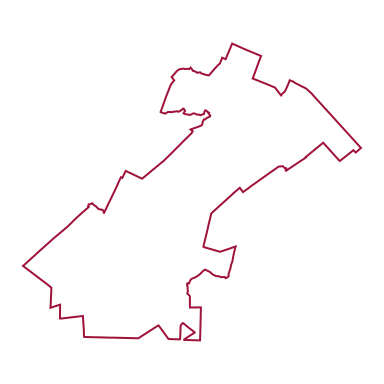 Belciugatele, Calarasi, Romania (Mercator projection)
{"feature_id": "2599482B10542752576449", "entity_name": "Belciugatele", "entity_type": "district", "adm_level": 2, "iso_a3": "ROU", "parent_name": "Romania", "parent_adm1": "Calarasi", "projection": "mercator", "projection_center": [26.453, 44.516], "detail": "fine", "context": "isolated", "style": "outline", "palette": "rose", "viewbox_px": 384, "rotation_deg": 0, "n_neighbors": 0, "source": "geoboundaries", "source_scale": "gbopen_adm2", "svg_char_len": 5810}
<svg xmlns="http://www.w3.org/2000/svg" viewBox="0 0 384 384"><path d="M355.7,152.5L361.0,148.0L328.7,112.4L326.9,110.5L326.5,109.9L326.4,109.9L325.2,108.6L313.3,95.5L311.6,93.5L309.5,91.6L306.3,88.7L305.6,88.3L304.7,87.8L301.4,86.2L299.7,85.3L295.1,82.9L292.8,81.4L289.7,80.3L289.1,82.1L286.3,88.6L285.3,90.6L285.1,90.9L284.6,91.7L282.5,93.5L281.5,94.7L281.1,95.4L280.6,94.9L279.2,93.0L275.0,87.6L267.9,84.6L252.7,78.5L253.0,77.9L254.0,75.1L256.6,68.0L257.9,64.4L259.5,60.1L260.0,58.8L261.1,56.0L248.0,50.6L238.7,46.5L234.6,44.6L233.6,44.2L232.2,43.6L225.6,59.2L222.2,57.7L222.0,58.3L220.4,62.2L220.1,63.1L220.0,63.4L219.7,63.7L217.6,65.5L215.8,67.6L215.2,68.1L210.8,73.2L208.9,75.4L206.5,75.0L204.2,74.3L201.4,73.4L200.8,72.9L200.4,72.4L199.9,72.3L198.4,72.7L196.9,72.7L196.5,72.4L196.5,72.2L194.0,71.0L193.3,71.0L192.9,70.8L192.7,70.6L192.5,70.1L192.2,69.5L190.6,67.6L190.3,68.0L189.7,68.6L189.2,69.1L188.2,68.8L185.3,69.0L183.5,68.7L181.9,68.8L180.1,69.1L179.0,69.6L178.2,70.0L177.1,70.8L176.1,71.9L174.1,74.3L171.6,77.0L174.2,80.3L171.5,83.7L170.9,84.6L170.2,86.2L166.1,96.6L164.2,101.9L162.4,107.1L160.6,111.9L160.6,112.1L163.9,113.3L165.7,113.5L166.3,112.8L167.2,112.5L167.6,112.2L168.1,112.0L169.4,112.0L170.2,111.9L171.2,112.2L172.3,112.1L173.6,111.7L175.5,111.5L177.0,111.2L178.2,111.8L179.9,111.1L180.4,110.6L180.9,110.4L181.5,110.1L181.7,109.9L182.1,109.5L182.6,109.0L183.2,108.6L183.9,108.9L184.1,109.4L184.5,109.9L184.8,110.5L185.1,110.8L184.7,111.4L183.9,112.7L183.5,113.2L183.6,113.4L184.4,113.7L185.4,114.1L189.6,114.9L190.9,114.7L192.7,113.6L193.7,113.4L194.1,113.4L194.6,113.6L195.0,113.7L195.5,113.8L196.3,114.4L198.6,114.7L199.4,114.7L199.7,114.9L200.4,115.3L201.6,114.7L202.5,114.4L203.4,114.3L203.9,114.1L204.1,113.8L204.2,113.3L204.3,112.1L204.8,111.2L205.0,110.5L205.2,110.3L205.5,110.3L205.8,110.4L206.1,110.6L206.6,110.9L207.6,111.9L208.8,112.6L208.3,113.0L210.3,115.7L210.0,116.5L209.6,116.7L209.0,116.9L206.6,118.1L204.8,119.6L203.9,119.4L203.8,119.5L203.2,120.8L202.8,121.8L202.6,122.8L201.9,125.1L201.4,125.4L199.7,126.2L197.8,126.9L191.2,129.2L190.6,129.5L192.7,131.2L192.6,131.3L192.0,132.3L191.7,133.1L185.4,139.2L172.2,152.5L166.7,157.9L163.7,160.8L154.0,168.8L151.7,170.7L146.6,175.0L142.1,178.7L125.7,170.9L122.3,177.9L121.0,177.2L120.4,178.4L119.7,179.7L118.8,181.7L117.6,184.4L117.2,185.5L109.4,201.8L108.9,202.7L106.3,208.2L104.6,211.7L103.7,213.7L103.8,213.1L103.8,212.4L103.6,211.7L103.4,211.1L103.2,210.5L102.8,210.1L102.7,210.0L101.8,209.6L101.1,209.6L100.5,209.5L99.8,209.3L98.8,209.1L98.2,208.8L97.2,207.6L96.2,206.6L95.7,206.2L95.2,206.0L94.9,205.7L94.1,205.2L93.5,204.6L92.8,203.7L92.3,203.3L91.7,203.3L90.9,204.0L90.4,204.2L89.7,204.3L88.7,204.3L88.1,206.2L88.8,206.9L86.7,208.8L83.6,211.5L82.8,212.1L77.6,216.8L74.9,219.4L73.7,220.5L72.7,221.6L67.6,226.6L53.9,238.1L51.4,240.3L46.1,245.1L38.7,251.7L25.0,264.2L23.0,265.9L38.5,277.7L45.8,283.2L51.3,287.6L51.3,291.0L50.9,298.4L50.8,302.9L50.6,304.7L50.6,305.6L50.5,307.8L54.9,306.3L60.1,304.7L60.0,318.5L61.4,318.5L62.8,318.4L64.2,318.2L64.5,318.1L65.1,318.0L65.5,318.1L70.6,317.4L74.2,317.0L77.6,316.6L82.9,316.0L83.2,320.4L83.5,325.4L83.6,326.9L83.8,329.0L83.9,333.6L84.0,335.3L84.1,336.9L88.5,337.1L93.0,337.2L96.9,337.3L102.2,337.4L107.6,337.6L115.9,337.7L138.3,338.3L138.8,338.1L141.2,336.4L145.8,333.5L158.3,325.4L158.5,325.4L158.6,325.5L158.9,325.9L162.6,330.9L168.5,339.0L171.2,339.1L177.2,339.3L180.0,339.3L180.1,339.2L180.1,337.3L180.2,337.0L180.3,334.9L180.5,329.5L180.5,326.5L180.6,326.2L180.7,325.8L180.8,325.5L182.4,323.2L182.5,323.1L182.9,323.1L184.0,323.8L188.8,327.8L193.0,331.0L194.7,332.3L194.7,332.6L193.1,333.6L187.2,337.4L183.6,339.9L183.3,339.9L200.0,340.4L200.3,333.0L200.9,307.4L190.0,307.5L190.0,306.4L189.9,305.3L189.9,303.4L189.9,302.6L189.9,297.7L189.9,296.8L189.8,296.4L189.7,296.1L189.6,295.9L189.4,295.5L188.6,294.7L188.4,294.4L187.9,294.1L187.6,294.0L187.4,293.7L187.3,293.3L187.4,293.0L187.6,292.2L187.8,291.7L187.9,291.2L187.9,290.8L187.7,289.7L187.6,288.7L187.6,288.3L187.6,287.7L187.6,287.0L187.4,286.2L187.4,285.9L187.2,285.7L187.1,285.4L187.0,285.0L187.0,284.7L187.0,284.2L187.2,283.7L187.4,283.3L188.1,283.5L189.0,283.5L189.3,282.7L189.6,281.9L190.5,280.0L191.0,279.3L191.4,279.0L192.5,278.4L193.5,278.0L194.9,277.5L195.3,277.3L195.8,277.1L197.7,275.8L199.9,274.2L201.3,272.8L201.9,272.2L202.4,271.6L203.0,271.1L203.9,270.4L204.7,269.8L205.1,269.7L205.3,269.7L208.6,271.3L210.1,272.1L211.2,273.1L212.1,274.1L212.8,274.5L214.3,275.2L215.0,275.5L215.4,275.9L216.5,276.1L217.7,276.2L218.4,276.2L219.1,276.4L220.9,277.1L221.5,277.1L222.4,277.0L223.7,277.1L224.6,277.0L224.9,277.1L225.0,277.3L225.0,277.5L225.4,278.0L225.9,278.2L228.2,276.7L228.4,276.5L228.5,276.4L228.6,275.8L228.7,275.0L228.5,274.6L228.4,274.3L230.2,269.1L230.5,268.1L231.1,264.8L231.4,263.9L232.3,261.6L232.6,260.2L233.0,257.7L233.7,254.2L234.7,250.0L235.6,246.5L233.8,247.1L229.0,248.8L220.0,251.8L203.9,247.1L203.6,247.0L203.4,246.8L203.4,246.7L203.5,246.2L204.7,241.1L206.8,232.5L207.9,227.8L209.0,222.7L210.3,217.9L210.3,217.3L211.3,213.8L211.5,213.3L211.7,213.0L212.0,212.7L216.7,208.5L234.4,192.4L239.8,187.8L240.1,188.2L243.0,192.1L249.4,187.5L250.6,186.5L251.4,185.9L252.5,185.1L254.7,183.6L258.6,180.8L259.2,180.3L261.5,178.7L264.6,176.5L265.3,176.0L266.4,175.3L267.6,174.4L268.7,173.6L274.8,169.3L277.8,167.2L278.7,166.6L282.6,166.2L282.8,166.2L283.1,166.5L284.5,167.8L284.7,168.0L285.3,168.1L286.0,168.1L286.3,168.4L286.3,168.5L286.2,168.7L286.0,169.2L285.7,169.6L285.6,169.9L285.7,170.3L285.7,170.6L286.0,170.8L286.2,170.7L287.5,169.8L290.9,167.5L296.1,164.0L298.0,162.7L300.6,161.0L302.8,159.6L306.2,157.3L306.2,157.2L305.9,156.9L323.2,142.7L329.6,149.8L334.0,154.7L338.3,159.5L339.7,161.0L342.2,159.1L345.4,156.6L353.4,150.2L355.7,152.5Z" fill="none" stroke="#9f1239" stroke-width="2"/></svg>